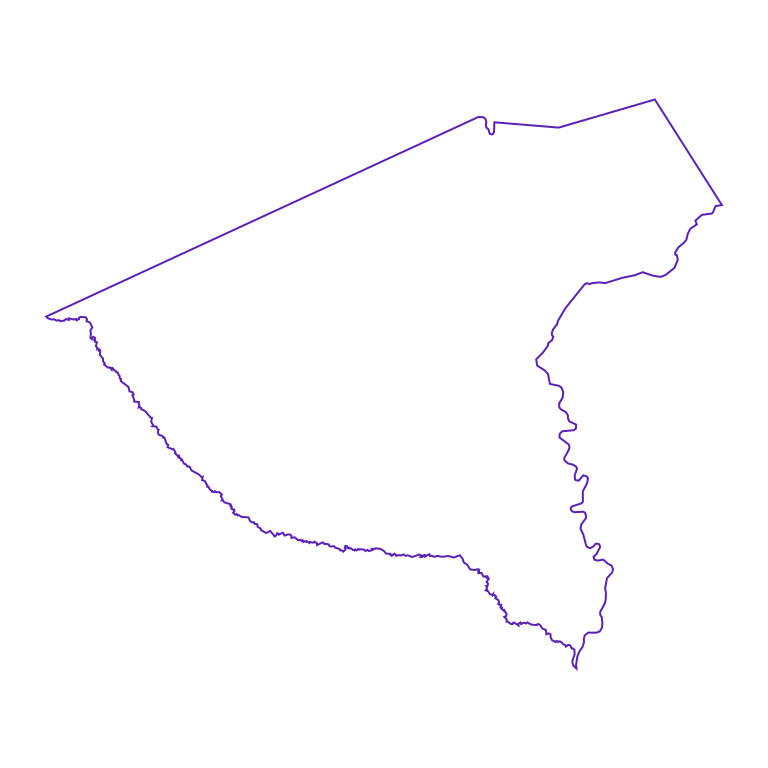 Nalolo, Western, Zambia
{"feature_id": "96606910B50694573542024", "entity_name": "Nalolo", "entity_type": "district", "adm_level": 2, "iso_a3": "ZMB", "parent_name": "Zambia", "parent_adm1": "Western", "projection": "mercator", "projection_center": [22.885, -15.831], "detail": "fine", "context": "isolated", "style": "outline", "palette": "violet", "viewbox_px": 768, "rotation_deg": 0, "n_neighbors": 0, "source": "geoboundaries", "source_scale": "gbopen_adm2", "svg_char_len": 6086}
<svg xmlns="http://www.w3.org/2000/svg" viewBox="0 0 768 768"><path d="M478.3,117.0L46.1,316.6L48.0,318.3L51.4,319.5L53.9,319.3L56.9,320.6L59.0,320.1L60.2,321.2L64.4,320.5L65.7,319.1L68.9,319.9L68.8,318.4L74.1,319.5L76.4,319.0L76.7,320.3L79.0,319.1L79.0,317.8L80.6,316.9L85.6,317.3L87.0,319.1L86.6,321.2L90.0,322.6L92.3,327.4L90.4,330.5L90.9,333.8L90.4,337.9L91.8,339.1L93.0,336.9L94.8,337.6L95.1,339.2L94.1,340.0L95.0,340.7L94.8,341.6L96.9,342.2L95.9,346.3L97.4,347.9L97.1,349.1L97.8,348.8L98.8,350.4L99.3,349.5L100.2,350.4L99.9,354.9L103.0,358.6L103.0,361.1L104.8,363.5L104.1,364.5L107.9,367.6L110.0,367.5L111.0,368.8L110.9,368.0L112.5,368.0L113.4,369.1L113.0,369.5L115.6,370.9L116.2,372.1L117.6,372.3L118.7,375.2L119.4,375.4L119.9,378.5L121.0,379.0L120.8,381.1L128.4,386.9L129.5,391.4L132.6,392.2L133.6,394.6L132.4,395.2L134.1,399.4L134.1,401.5L139.0,402.1L138.7,404.2L139.4,405.3L138.7,407.5L140.2,407.2L141.4,408.3L141.3,409.2L145.0,411.0L150.7,417.6L151.9,417.9L151.2,421.9L153.2,425.3L152.4,426.2L156.4,426.6L157.6,429.2L158.6,429.6L157.9,432.2L158.6,434.6L162.7,436.2L163.3,437.8L164.4,437.6L166.6,443.8L168.1,444.7L167.6,447.3L172.9,449.4L173.4,449.0L175.5,452.1L175.0,453.2L177.8,456.0L178.8,455.5L179.4,457.2L178.8,457.5L181.6,459.2L181.3,460.1L182.1,460.0L184.1,463.8L186.0,464.4L187.4,466.6L189.4,466.5L191.7,470.6L198.6,474.3L202.0,477.4L202.6,477.0L202.1,480.1L204.7,480.9L206.3,483.3L206.3,484.5L207.4,485.1L207.2,486.7L208.4,486.9L210.1,489.7L212.2,491.0L212.0,491.7L214.3,492.0L214.9,491.2L216.0,492.2L219.3,492.1L221.9,494.5L220.8,496.2L222.5,499.1L221.8,500.3L222.7,500.2L224.4,502.4L230.3,504.1L230.3,505.9L230.9,506.6L231.2,505.7L231.8,506.9L231.4,508.7L232.8,509.6L233.9,509.3L234.3,510.1L234.4,511.3L233.1,512.8L235.3,514.7L236.4,514.0L237.7,515.4L238.6,515.0L241.5,516.9L248.5,517.4L250.0,520.9L252.0,522.3L253.9,522.2L254.6,523.9L257.3,524.2L257.6,526.7L260.8,528.7L261.0,530.1L266.1,533.0L270.3,531.0L274.8,536.5L276.4,535.1L277.0,533.3L278.5,533.6L278.8,534.6L282.9,532.7L284.6,535.6L288.0,534.4L290.2,534.6L291.3,535.6L291.5,537.9L294.7,537.3L298.3,540.3L300.5,539.8L301.7,541.1L302.7,540.3L303.4,542.0L304.7,541.2L306.2,541.9L306.6,541.1L309.4,543.0L309.7,542.0L312.8,542.6L314.1,542.5L314.5,541.7L316.9,543.2L317.1,545.1L322.8,542.3L324.6,544.2L325.8,543.8L328.9,544.5L329.2,545.8L330.3,546.5L334.2,546.2L335.2,547.6L339.7,549.1L340.1,550.3L342.4,550.6L343.2,551.7L345.3,549.8L345.5,548.7L344.7,547.9L345.5,545.8L347.1,546.2L347.4,547.5L349.1,547.8L348.8,548.3L351.2,548.5L352.7,549.9L354.6,549.7L354.8,550.3L355.7,549.6L356.6,550.4L358.1,549.0L359.2,549.8L360.0,549.2L364.4,549.7L365.4,551.0L367.5,549.9L368.7,551.0L371.6,550.4L373.1,549.6L372.4,548.9L374.9,548.9L375.4,548.3L380.1,548.8L383.6,550.7L386.2,553.6L390.0,553.8L389.9,554.5L391.3,554.8L391.5,555.8L392.3,555.4L392.5,553.9L392.9,555.0L394.6,553.7L396.4,555.9L398.1,555.1L401.1,555.5L403.4,554.4L405.6,555.8L407.6,555.3L412.2,557.0L419.4,554.5L421.4,555.5L420.4,556.9L422.3,557.1L424.0,555.0L425.1,555.1L425.1,556.5L429.3,554.2L430.1,556.0L431.8,555.7L434.2,556.9L437.5,555.9L442.2,556.8L448.3,556.0L453.8,557.5L459.8,555.3L462.6,558.7L463.7,562.3L467.4,564.9L470.0,569.3L474.1,570.0L478.4,569.2L479.2,569.8L478.7,570.6L479.2,572.0L478.3,571.8L478.3,573.2L481.6,573.0L483.5,576.6L487.4,576.2L487.9,577.6L486.9,577.0L486.6,577.8L488.7,578.4L488.6,579.1L486.6,581.9L488.1,583.8L487.7,585.4L486.4,585.9L487.2,586.4L486.4,587.8L487.1,589.4L485.8,590.3L488.3,591.5L490.0,594.4L492.2,594.6L492.6,595.3L493.3,594.2L493.3,594.9L495.4,595.6L495.5,597.2L496.0,597.1L495.4,598.3L498.1,599.9L498.9,601.3L499.1,602.7L498.2,603.8L499.3,604.8L501.2,604.8L500.5,607.6L501.2,608.3L502.1,607.9L502.0,609.2L503.1,610.2L504.1,609.9L504.4,611.5L505.2,611.5L506.6,614.2L506.1,616.1L504.3,616.9L506.7,619.4L506.7,621.7L507.7,621.6L510.9,624.0L512.6,624.0L513.2,622.6L514.1,622.6L518.5,625.5L518.3,623.9L520.4,622.5L521.0,624.0L523.7,622.7L526.1,623.5L527.1,622.4L531.5,624.6L536.9,625.1L537.6,624.1L539.8,624.6L542.3,628.5L545.9,630.0L546.4,634.3L548.5,633.4L550.5,634.2L550.7,637.8L552.1,640.2L555.4,642.0L556.2,641.0L557.8,642.0L558.1,641.3L561.1,641.8L563.1,644.1L565.4,645.3L566.0,646.6L568.1,644.8L570.1,645.3L571.9,648.6L572.9,648.4L574.4,649.7L574.6,654.5L572.4,660.8L572.6,663.5L573.6,666.0L576.5,668.5L576.0,665.2L577.4,656.4L579.4,651.3L582.5,647.0L584.1,641.8L583.7,639.7L584.7,635.5L588.2,632.6L596.3,632.7L599.6,631.5L601.9,628.0L602.4,623.6L601.8,617.2L600.3,615.1L600.1,612.1L604.9,603.3L605.6,600.2L606.0,593.4L605.1,588.2L607.0,578.2L612.3,572.2L613.0,569.1L611.5,565.6L607.9,563.7L603.2,559.6L597.8,560.6L594.4,559.6L593.6,556.7L596.5,554.1L600.0,547.2L599.9,545.8L598.8,544.0L595.8,543.6L593.4,546.5L590.2,548.2L587.0,546.9L586.1,545.2L583.4,534.9L580.5,528.5L581.3,524.5L585.9,518.2L586.1,516.0L585.1,513.1L583.5,511.7L574.3,512.2L572.0,511.2L570.9,509.6L570.8,508.1L571.9,506.4L581.3,503.4L582.9,501.8L582.8,491.4L587.1,483.1L588.0,478.3L586.6,476.3L583.4,475.3L578.8,480.6L575.8,480.2L575.0,479.4L574.7,475.3L577.1,468.6L575.9,466.3L572.7,464.6L567.8,463.4L564.6,460.4L564.2,458.2L568.8,449.8L569.5,447.1L568.8,444.5L559.5,437.5L559.7,433.8L562.2,431.3L573.9,430.2L575.9,428.5L576.1,424.6L569.3,421.4L567.9,418.0L568.0,415.7L566.0,412.2L560.8,409.3L559.3,407.4L559.1,403.6L562.6,397.7L563.3,392.0L561.3,387.3L558.8,385.8L549.9,383.9L548.0,374.0L544.7,370.4L537.2,365.6L536.2,359.3L542.6,353.0L548.0,345.6L548.2,343.2L552.0,340.1L553.3,336.9L552.0,335.1L551.8,333.0L553.2,329.2L557.2,324.1L557.8,321.1L565.4,308.2L584.8,284.1L587.0,283.2L589.7,284.2L591.3,283.3L599.0,282.4L605.3,283.1L622.6,277.7L634.6,275.3L642.7,272.2L652.2,275.5L657.9,276.6L661.5,276.7L665.8,274.8L674.4,267.9L677.8,259.9L676.9,255.3L675.2,254.5L675.2,252.4L678.4,247.3L684.0,242.7L686.4,239.7L687.8,233.7L690.4,228.7L696.8,224.4L695.4,220.6L702.0,214.8L711.7,213.6L713.0,212.3L715.6,206.1L721.9,205.1L654.8,99.5L558.7,127.6L494.4,122.3L494.0,132.1L493.1,133.9L491.9,134.5L489.7,133.8L488.4,129.2L486.4,127.7L485.8,124.5L486.4,122.2L485.4,118.8L483.1,117.1L478.3,117.0Z" fill="none" stroke="#5b21b6" stroke-width="2"/></svg>